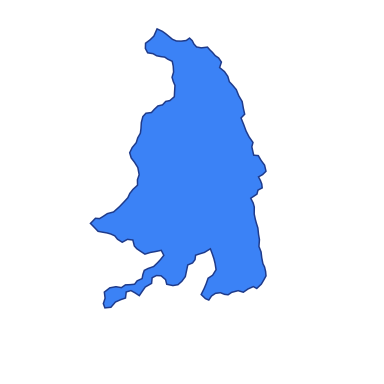 Schroeder, Santa Catarina, Brazil, rotated 203°
{"feature_id": "56859067B87986459705113", "entity_name": "Schroeder", "entity_type": "district", "adm_level": 2, "iso_a3": "BRA", "parent_name": "Brazil", "parent_adm1": "Santa Catarina", "projection": "robinson", "projection_center": [-49.056, -26.36], "detail": "fine", "context": "isolated", "style": "filled", "palette": "blue", "viewbox_px": 384, "rotation_deg": 203, "n_neighbors": 0, "source": "geoboundaries", "source_scale": "gbopen_adm2", "svg_char_len": 2570}
<svg xmlns="http://www.w3.org/2000/svg" viewBox="0 0 384 384"><g transform="rotate(203 192 192)"><path d="M265.8,236.2L263.7,230.3L262.5,225.9L263.1,220.6L262.6,215.6L264.4,209.6L264.7,203.8L261.3,199.6L256.5,196.9L251.4,193.3L247.4,187.3L247.0,181.9L244.8,177.0L247.4,171.2L248.7,166.4L248.8,161.7L250.5,156.9L253.0,150.2L256.4,143.0L261.5,139.0L264.4,134.6L266.7,131.4L270.6,130.1L273.2,123.4L267.7,121.1L263.1,119.1L258.5,120.1L254.3,121.1L250.4,121.6L246.0,121.5L242.1,119.4L236.6,118.5L232.9,123.2L227.7,124.7L224.0,119.8L220.6,118.2L216.6,117.4L211.1,116.4L206.7,120.1L202.4,122.9L197.5,126.3L193.2,122.7L194.7,117.2L196.1,113.3L198.2,108.4L202.6,104.4L205.3,101.2L205.0,97.0L204.1,92.8L207.8,88.8L208.8,84.7L212.4,82.7L217.0,80.5L219.6,76.4L225.0,75.1L230.2,71.7L233.6,65.6L230.5,60.3L230.0,54.6L226.9,51.3L221.6,54.2L219.5,60.8L215.5,65.1L211.8,68.4L213.5,74.3L209.7,77.4L205.0,76.9L200.0,76.0L199.0,81.1L197.9,86.3L193.5,92.1L195.2,97.5L192.1,101.2L187.7,102.8L182.1,101.0L179.2,97.2L173.0,98.4L168.7,101.2L166.5,105.8L165.1,111.5L166.3,117.6L167.4,123.2L163.8,126.9L162.8,130.9L164.0,135.2L161.3,137.6L156.9,141.3L152.9,146.9L149.0,142.8L145.8,139.2L142.8,135.2L139.5,129.9L140.5,123.4L143.5,118.9L143.1,112.9L143.1,107.7L143.5,101.2L138.0,99.1L134.3,99.1L133.4,103.9L130.8,107.9L126.5,110.4L122.1,110.5L118.6,111.5L116.3,115.1L111.0,119.2L105.6,119.8L102.5,124.7L98.6,128.9L94.7,128.5L92.2,134.3L91.5,139.6L91.1,143.7L93.2,147.6L95.9,151.3L98.7,153.7L102.1,158.7L105.0,163.8L109.1,168.0L111.3,174.5L114.2,179.0L117.3,184.6L120.7,188.6L123.2,191.8L126.1,196.0L128.8,202.5L131.4,205.8L135.5,209.2L131.4,215.4L132.0,219.5L129.0,223.2L130.9,226.6L133.5,229.3L136.7,231.9L133.8,235.6L132.0,240.0L135.7,245.1L140.8,248.1L145.2,251.4L149.6,250.0L151.9,253.2L154.6,257.0L155.2,261.4L161.1,265.1L166.1,269.3L170.7,274.2L175.8,279.3L173.9,284.2L177.5,289.2L181.2,294.9L186.5,298.8L191.2,303.5L196.2,306.1L200.7,308.1L204.2,312.4L209.1,315.5L215.2,317.3L215.7,323.1L219.9,325.8L224.0,326.6L227.7,328.5L231.1,329.8L234.4,331.4L239.8,328.3L244.5,327.3L248.1,329.0L250.9,331.4L254.4,332.7L256.5,329.2L261.0,326.6L265.4,324.9L269.6,324.9L274.3,326.3L278.0,327.4L282.0,328.3L287.9,328.5L288.0,320.6L290.1,315.6L292.9,310.8L291.0,305.9L287.2,302.8L281.9,304.1L277.8,303.6L273.4,304.5L269.8,305.5L266.3,304.8L261.3,304.6L258.5,300.6L255.8,295.2L255.2,289.8L252.5,286.5L249.3,283.4L247.4,278.0L245.5,272.8L248.1,267.5L251.6,265.1L253.2,260.7L257.0,257.9L258.9,253.6L260.4,249.3L265.2,246.5L266.7,242.2L265.8,236.2Z" fill="#3b82f6" stroke="#1e3a8a" stroke-width="1.5"/></g></svg>